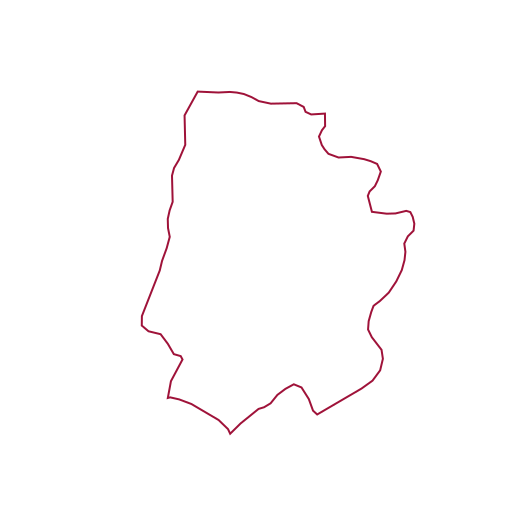 the border of Ziro, rotated 236°
{"feature_id": "BFA-2821", "entity_name": "Ziro", "entity_type": "Province", "adm_level": 1, "iso_a3": "BFA", "parent_name": "Burkina Faso", "parent_adm1": "", "projection": "equal_earth", "projection_center": [-1.878, 11.634], "detail": "fine", "context": "isolated", "style": "outline", "palette": "rose", "viewbox_px": 512, "rotation_deg": 236, "n_neighbors": 0, "source": "natural_earth", "source_scale": "10m", "svg_char_len": 1336}
<svg xmlns="http://www.w3.org/2000/svg" viewBox="0 0 512 512"><g transform="rotate(236 256 256)"><path d="M413.8,277.9L424.9,299.6L412.6,316.2L406.6,326.1L402.2,331.5L397.1,336.5L390.3,341.1L382.9,344.9L374.0,353.5L360.0,375.1L352.9,378.9L347.8,377.7L342.5,380.9L335.5,392.8L325.0,385.9L323.4,381.0L319.8,375.0L311.2,372.6L306.2,372.5L300.2,373.2L291.5,379.5L285.0,390.3L275.8,399.8L270.5,404.1L264.6,407.9L256.2,406.7L250.7,399.3L247.4,393.6L246.0,386.3L243.3,382.3L227.8,376.8L218.0,388.0L213.3,395.4L209.4,405.8L206.1,408.5L200.8,407.8L194.2,405.3L188.9,400.8L187.4,392.9L183.4,385.9L175.9,382.2L169.5,376.8L162.8,369.0L156.5,358.1L151.4,345.6L149.4,333.5L149.1,327.5L148.9,325.5L145.1,320.2L139.0,313.0L132.4,307.8L123.9,306.6L108.0,307.6L99.8,303.7L91.8,295.0L87.5,282.9L87.1,269.4L90.4,218.1L95.9,216.8L107.9,219.8L121.6,220.2L128.5,215.6L129.4,206.1L128.9,196.1L125.7,185.7L126.1,178.1L127.8,172.6L125.8,149.6L123.1,135.2L128.1,136.0L140.9,133.3L169.4,119.7L180.1,112.1L186.8,105.8L187.6,103.5L199.8,115.5L211.3,137.2L215.1,137.6L220.6,133.0L232.4,133.8L244.5,133.2L253.7,124.8L262.2,122.4L270.0,127.8L297.8,168.1L304.5,175.4L312.4,186.3L320.1,195.2L328.4,198.7L336.1,203.6L342.1,209.9L347.5,217.2L369.6,231.3L374.8,237.3L378.8,245.8L387.7,259.5L412.5,275.4L413.8,277.9Z" fill="none" stroke="#9f1239" stroke-width="2"/></g></svg>